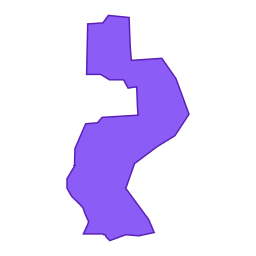 Bayramaly, Mary, Turkmenistan
{"feature_id": "10190150B50405020357004", "entity_name": "Bayramaly", "entity_type": "district", "adm_level": 2, "iso_a3": "TKM", "parent_name": "Turkmenistan", "parent_adm1": "Mary", "projection": "natural_earth1", "projection_center": [62.18, 37.598], "detail": "fine", "context": "isolated", "style": "filled", "palette": "violet", "viewbox_px": 256, "rotation_deg": 0, "n_neighbors": 0, "source": "geoboundaries", "source_scale": "gbopen_adm2", "svg_char_len": 799}
<svg xmlns="http://www.w3.org/2000/svg" viewBox="0 0 256 256"><path d="M67.0,188.2L70.2,193.9L71.9,196.6L81.1,205.6L81.2,205.9L82.9,207.6L85.2,214.2L88.7,221.8L88.1,223.0L88.2,223.3L83.4,233.9L102.9,233.9L103.7,234.7L105.1,234.7L106.5,237.4L109.8,240.6L125.8,234.7L138.9,235.8L154.2,232.5L148.7,219.6L125.8,188.4L134.5,163.6L157.4,146.4L159.6,145.1L174.9,135.7L189.0,114.2L176.0,78.7L161.8,58.3L131.3,60.4L130.2,46.5L129.1,17.5L108.4,15.4L102.9,22.9L87.7,23.9L86.6,74.4L100.7,74.4L109.5,79.8L123.6,79.8L125.2,82.9L128.1,88.1L136.2,86.8L136.2,87.3L136.7,87.3L137.5,107.6L138.0,114.9L137.8,114.9L137.8,115.2L102.1,117.4L98.1,122.0L97.4,122.8L90.1,123.4L85.7,123.8L75.0,148.4L74.6,160.5L74.6,164.7L74.1,165.4L74.9,165.5L67.0,178.7L67.0,188.2Z" fill="#8b5cf6" stroke="#5b21b6" stroke-width="1.5"/></svg>